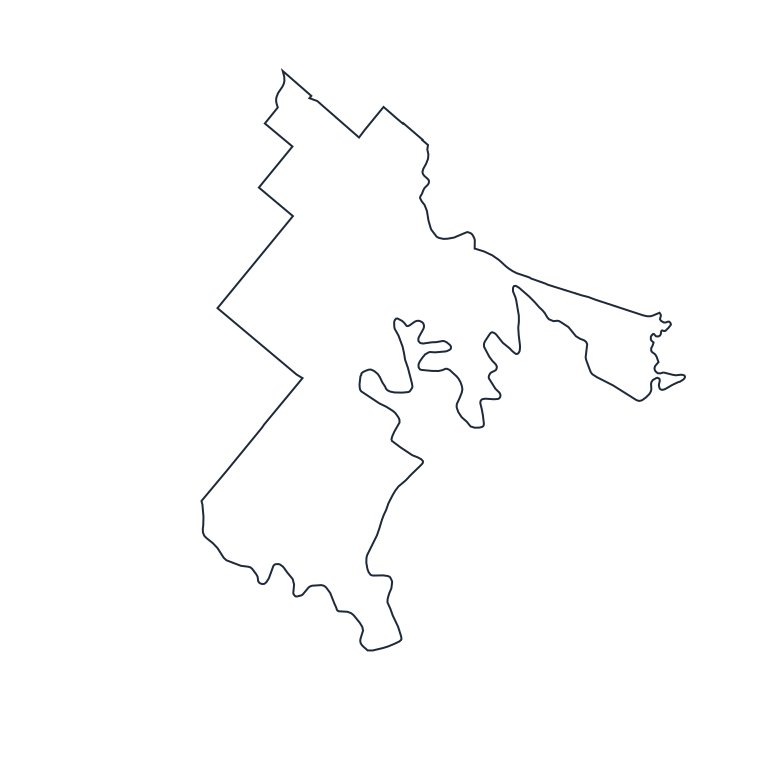 Yarra, Victoria, Australia, rotated 32°
{"feature_id": "25037944B16645516556899", "entity_name": "Yarra", "entity_type": "district", "adm_level": 2, "iso_a3": "AUS", "parent_name": "Australia", "parent_adm1": "Victoria", "projection": "equal_earth", "projection_center": [145.012, -37.805], "detail": "fine", "context": "isolated", "style": "outline", "palette": "slate", "viewbox_px": 768, "rotation_deg": 32, "n_neighbors": 0, "source": "geoboundaries", "source_scale": "gbopen_adm2", "svg_char_len": 6165}
<svg xmlns="http://www.w3.org/2000/svg" viewBox="0 0 768 768"><g transform="rotate(32 384 384)"><path d="M579.9,177.6L575.5,183.8L574.0,185.4L571.5,187.0L567.6,188.4L518.5,200.5L511.4,201.9L504.5,204.1L469.9,213.1L468.2,213.2L452.9,216.6L450.8,216.6L437.8,219.7L433.2,220.1L428.7,220.0L425.0,219.6L415.8,217.9L407.5,217.5L398.5,218.6L389.1,221.1L384.9,214.1L384.2,213.3L382.7,212.1L379.5,210.4L377.5,210.2L374.6,210.8L373.8,211.4L372.4,213.3L365.8,222.7L360.8,227.2L357.6,229.4L353.2,231.0L350.6,231.2L342.4,228.1L341.0,227.1L335.1,221.8L328.7,214.5L323.6,210.7L319.2,209.1L316.3,207.4L315.7,206.6L315.4,205.2L315.4,202.5L314.7,199.0L314.5,196.3L315.5,192.1L315.6,190.3L314.9,188.5L314.0,187.5L312.3,186.9L307.7,186.1L305.8,185.3L304.2,183.8L303.3,180.6L303.0,174.9L302.0,169.7L300.0,165.8L296.4,162.1L294.7,158.0L287.2,156.9L287.3,156.4L262.1,152.6L262.1,153.2L254.5,152.1L236.8,149.3L233.0,179.1L232.2,188.2L177.4,179.4L169.3,181.1L169.7,178.2L132.2,172.2L136.5,176.2L138.9,179.7L139.9,182.5L140.3,185.5L140.0,193.4L140.8,197.6L141.5,199.4L142.8,201.5L144.6,203.4L147.4,205.8L144.9,226.2L180.5,231.1L173.8,283.7L217.8,289.9L202.6,407.9L304.9,422.3L311.8,422.2L303.8,482.1L303.7,485.4L296.7,540.3L291.2,579.9L294.0,582.6L301.3,592.3L305.7,599.8L307.1,602.9L309.2,605.9L311.9,607.9L314.8,608.7L323.3,609.7L329.8,611.4L340.1,616.3L343.8,617.0L359.0,614.0L365.9,610.8L367.9,610.3L370.1,610.6L376.4,613.0L378.9,614.4L381.9,618.0L383.9,618.7L385.8,618.5L387.1,617.9L388.2,617.1L388.8,616.0L389.3,614.2L389.3,609.6L386.6,597.0L386.8,595.4L387.5,594.3L390.0,592.6L391.3,592.2L394.8,592.4L396.5,592.9L401.5,595.0L409.9,597.8L414.0,601.7L417.8,609.3L418.7,610.2L421.1,611.0L422.0,610.8L423.1,610.0L425.7,607.3L426.6,605.7L427.9,596.3L428.8,594.5L430.0,593.1L437.5,587.7L440.2,586.9L442.7,587.2L449.1,589.7L458.0,596.3L461.9,598.9L463.8,600.5L464.8,600.8L466.1,600.7L473.8,596.5L477.4,595.8L480.5,596.1L489.9,599.3L494.3,601.5L496.9,604.2L499.1,612.6L500.1,614.6L501.4,616.0L503.2,617.0L505.3,617.6L511.3,618.6L515.6,616.0L523.0,608.5L526.4,604.6L530.4,599.0L533.4,594.3L534.1,591.9L533.9,590.9L532.2,588.9L524.6,582.4L514.1,575.7L508.7,571.4L502.7,567.4L501.1,564.6L500.3,562.1L499.4,558.9L498.5,553.3L495.9,547.7L494.8,546.6L491.9,544.8L490.9,544.5L488.8,544.9L484.6,546.8L476.5,552.1L475.1,552.7L473.7,552.9L470.6,551.7L467.7,549.4L463.7,544.9L461.3,540.8L460.4,538.1L458.2,515.9L456.5,508.6L454.2,500.2L453.2,495.1L452.5,489.5L451.0,482.9L450.2,473.4L450.1,468.2L450.6,463.1L453.5,454.2L454.9,447.0L458.0,434.6L458.7,431.2L458.7,430.3L458.3,429.3L457.7,428.7L455.6,428.1L451.8,428.3L445.6,429.4L431.7,429.0L421.0,428.1L419.6,426.9L418.7,423.9L418.0,418.9L417.6,408.5L416.1,406.2L414.0,404.7L409.0,402.6L405.4,402.1L398.0,402.1L390.3,402.9L368.5,402.3L367.0,401.6L365.7,400.4L363.5,397.4L359.9,389.9L360.0,388.5L359.4,387.6L359.4,386.4L359.8,385.1L361.5,382.4L363.5,379.9L364.6,379.1L365.6,378.6L368.8,378.2L373.4,378.8L376.9,380.4L381.9,383.6L386.3,385.6L388.1,386.9L390.3,387.5L391.3,387.4L393.4,387.1L397.4,385.6L404.1,381.6L408.3,378.4L409.3,377.5L409.8,376.0L409.9,372.5L409.6,371.3L407.4,368.7L395.7,357.6L389.0,352.2L384.6,347.2L380.0,342.5L370.7,335.3L363.8,331.5L362.7,330.4L360.0,326.5L359.6,325.4L359.3,324.2L359.6,322.2L360.7,321.3L366.0,320.9L369.0,321.5L372.2,322.7L372.9,322.6L373.6,322.2L374.6,320.8L377.0,315.0L378.1,313.4L379.4,312.3L380.9,311.6L383.9,311.4L385.4,311.9L386.8,313.1L387.7,314.5L388.2,316.3L388.7,325.6L389.1,327.3L390.4,329.3L392.8,330.0L394.1,329.7L395.8,328.9L402.7,323.1L405.9,321.0L411.0,316.4L412.2,315.8L414.9,315.4L419.4,316.0L420.8,316.7L421.6,317.7L421.9,319.0L421.6,320.2L419.9,322.8L418.9,323.8L410.4,330.2L406.2,332.4L405.2,333.4L403.2,337.0L402.6,341.5L402.4,346.0L402.9,349.1L404.6,351.6L406.6,352.5L408.1,352.3L417.9,347.4L423.3,344.1L426.1,341.4L428.1,338.5L429.4,337.7L432.2,337.3L441.3,339.0L444.2,339.9L447.9,341.9L450.9,344.3L453.2,346.8L454.5,350.1L455.6,356.1L456.3,361.9L456.8,363.4L458.2,365.5L462.0,368.5L467.4,371.0L474.1,372.1L479.9,374.1L483.8,373.1L485.8,371.9L488.0,370.4L489.6,368.8L490.3,367.8L490.5,366.9L490.3,365.9L489.8,364.8L484.6,358.3L480.1,353.4L476.0,349.4L475.2,348.1L474.9,347.0L475.0,345.9L475.4,344.8L477.8,342.7L485.3,338.7L488.3,336.5L489.1,335.6L489.4,334.4L489.4,333.5L489.1,332.5L488.5,331.5L486.6,330.2L481.0,329.0L470.1,323.7L469.2,322.8L468.6,321.2L468.4,318.9L468.8,317.4L471.0,313.9L471.5,312.7L471.1,310.5L470.3,309.3L468.4,308.1L463.7,307.0L458.7,305.0L449.2,299.5L447.8,297.4L447.3,296.3L447.0,294.4L447.2,286.0L447.4,284.2L448.0,283.1L448.7,282.6L451.2,282.3L453.0,282.6L462.9,286.1L471.7,287.2L475.2,288.1L478.8,288.6L480.1,288.5L481.0,287.9L481.5,287.0L481.7,285.8L481.5,284.0L480.0,280.9L478.6,278.9L472.6,271.5L468.0,265.1L465.5,259.9L462.2,254.7L452.0,243.2L449.7,241.0L444.2,237.0L442.6,234.3L442.3,233.0L442.4,232.0L443.8,230.9L447.4,230.8L460.8,232.9L468.4,234.7L475.1,236.7L479.2,237.5L482.6,238.6L487.1,240.9L489.5,241.7L494.4,240.9L497.5,238.5L499.0,237.9L502.2,237.8L510.3,238.0L521.5,241.8L526.5,241.7L530.6,240.9L533.1,241.2L535.2,242.5L540.9,254.6L543.0,256.7L550.6,262.6L553.1,264.4L555.4,265.3L560.8,265.4L579.1,263.8L606.6,263.9L609.3,263.2L611.2,261.4L611.9,260.0L613.3,256.5L614.4,251.7L614.2,248.8L613.8,247.5L613.2,246.3L610.4,242.4L609.8,240.6L609.9,238.1L611.6,234.9L612.6,233.8L614.7,233.6L616.1,234.9L617.6,239.2L618.9,240.7L620.4,241.8L621.2,242.0L622.8,241.7L624.3,240.4L625.3,239.0L629.0,232.0L632.3,226.8L633.7,225.3L635.5,221.6L635.8,219.8L635.6,218.8L635.3,218.2L634.3,217.6L632.4,218.0L630.6,219.0L627.0,221.9L624.2,223.1L615.3,226.0L614.1,226.9L612.8,228.5L610.5,229.8L607.6,229.4L606.3,228.7L605.0,227.3L604.5,225.5L604.5,224.1L605.2,220.0L601.0,216.6L598.4,215.2L594.2,214.8L593.1,214.3L591.7,212.2L591.4,208.9L590.6,205.9L588.1,205.6L586.8,205.0L585.3,202.6L585.2,201.1L585.7,198.9L586.6,198.6L588.8,199.3L589.8,199.3L591.5,198.2L592.4,196.6L592.3,195.0L591.2,192.5L591.2,191.5L591.6,191.1L593.4,190.7L594.5,189.8L595.5,185.5L595.9,182.1L595.6,181.2L594.4,180.4L592.9,180.0L591.6,180.8L590.3,182.6L588.6,183.6L585.2,183.6L583.6,182.7L582.9,180.1L582.3,178.9L581.2,178.1L579.9,177.6Z" fill="none" stroke="#1e293b" stroke-width="2"/></g></svg>